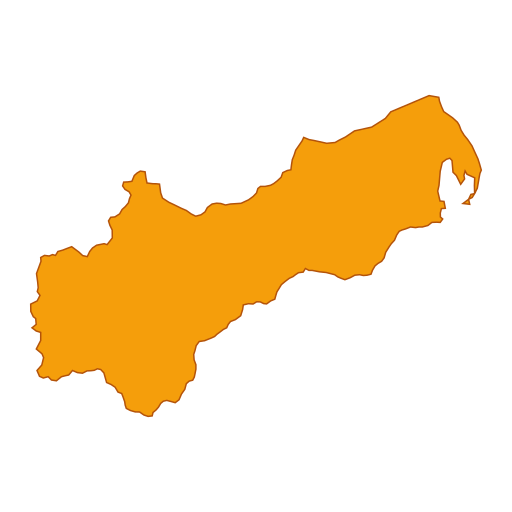 Eldorado do Sul, Rio Grande do Sul, Brazil
{"feature_id": "56859067B84747380986217", "entity_name": "Eldorado do Sul", "entity_type": "district", "adm_level": 2, "iso_a3": "BRA", "parent_name": "Brazil", "parent_adm1": "Rio Grande do Sul", "projection": "robinson", "projection_center": [-51.49, -30.081], "detail": "fine", "context": "isolated", "style": "filled", "palette": "amber", "viewbox_px": 512, "rotation_deg": 0, "n_neighbors": 0, "source": "geoboundaries", "source_scale": "gbopen_adm2", "svg_char_len": 3583}
<svg xmlns="http://www.w3.org/2000/svg" viewBox="0 0 512 512"><path d="M51.4,380.0L56.4,380.8L59.1,378.6L61.5,376.7L65.4,375.7L68.7,375.0L72.5,370.5L77.4,372.6L82.5,373.2L87.0,370.9L91.0,370.7L94.2,370.3L97.4,368.8L100.7,369.5L103.9,372.9L106.6,382.5L111.1,384.5L115.1,387.2L118.0,392.1L121.7,393.5L123.0,396.8L124.7,401.7L125.2,405.1L126.3,408.4L130.4,410.5L135.2,411.9L139.6,412.0L143.9,415.0L148.1,416.4L152.2,415.9L153.0,412.5L156.1,409.9L158.5,407.1L160.7,403.4L163.3,401.2L166.8,400.4L171.0,401.5L175.2,402.7L179.0,399.8L181.5,394.0L184.8,389.3L186.3,383.7L189.2,381.1L192.7,380.2L194.3,377.1L195.1,373.3L195.9,369.2L195.9,364.7L194.1,359.9L193.7,354.4L194.9,350.8L196.2,345.6L199.2,341.5L204.6,340.7L208.3,339.2L211.1,338.1L214.6,336.5L217.0,334.2L220.0,332.0L223.4,329.4L226.7,327.8L228.2,324.4L230.5,321.5L235.4,319.6L240.7,315.7L242.6,309.6L243.3,304.9L248.4,303.7L253.1,304.0L256.6,301.8L260.3,301.9L263.7,303.6L266.6,303.9L270.7,300.9L274.8,299.2L275.9,295.2L276.9,291.9L279.2,288.2L281.4,284.6L285.2,281.4L289.3,278.3L293.0,276.6L295.6,274.6L298.5,272.7L303.2,272.1L305.4,268.5L309.0,270.4L312.2,270.4L319.4,271.8L326.2,272.5L331.2,273.8L334.7,274.7L337.8,276.9L341.1,278.3L344.9,279.7L350.2,277.7L354.8,275.2L359.6,274.7L363.4,275.5L367.1,275.2L371.0,274.2L372.5,270.2L375.0,265.9L378.0,263.4L381.6,261.3L384.1,257.9L385.7,252.3L389.2,246.7L391.3,243.7L394.5,240.2L396.7,235.0L399.2,231.3L402.0,230.0L405.6,228.9L410.5,227.0L415.6,227.6L418.8,227.0L422.3,227.0L427.9,225.5L431.9,222.4L436.5,222.2L440.2,222.4L442.7,219.0L440.4,217.0L440.3,213.0L441.4,208.6L445.3,208.3L444.0,201.4L440.0,201.0L437.7,191.1L439.0,185.4L440.2,171.3L442.3,162.4L446.4,159.3L449.8,158.2L452.0,160.5L453.0,172.2L456.4,175.6L460.7,184.3L464.6,178.9L463.9,175.5L465.1,171.0L467.0,174.3L474.7,177.8L474.4,185.5L474.6,193.6L477.3,188.2L478.4,181.9L479.2,177.2L479.9,173.5L481.3,170.1L479.4,163.4L477.9,158.8L474.8,152.1L472.0,145.9L467.5,139.3L464.1,135.2L461.1,130.3L459.2,125.2L457.4,122.2L452.7,117.9L448.6,115.0L443.7,111.6L441.6,106.9L439.5,101.2L438.8,97.3L429.1,95.6L390.8,111.8L385.4,118.4L371.7,127.1L354.5,130.9L345.5,137.0L339.1,140.2L335.1,142.5L326.7,143.3L320.5,141.9L313.5,140.4L309.1,139.6L303.7,137.4L302.1,140.9L295.7,150.2L294.1,155.2L292.3,159.7L291.5,164.8L290.9,169.8L287.3,170.5L282.8,172.6L281.1,177.3L277.2,180.9L273.7,183.6L270.5,185.3L265.2,186.4L260.5,186.4L257.9,188.5L256.5,193.0L253.1,196.5L248.6,199.8L241.1,203.3L230.4,204.0L225.5,205.0L220.8,203.5L216.6,203.2L212.1,204.0L207.4,207.5L205.0,211.9L201.0,214.8L195.7,216.2L191.1,213.9L186.4,210.5L181.1,208.2L174.2,204.8L168.9,202.3L162.5,198.1L160.7,192.9L159.5,184.1L156.5,183.8L152.6,183.7L147.0,183.0L145.9,177.7L145.1,171.8L140.3,171.1L137.1,173.0L134.3,175.5L131.9,181.3L127.8,181.9L123.7,182.1L122.6,185.9L125.0,189.4L129.1,191.8L131.0,195.1L129.5,198.6L128.4,202.9L125.3,206.6L122.1,209.5L119.6,213.9L114.9,216.9L110.7,217.3L108.5,220.9L109.9,225.3L112.2,230.0L112.3,238.0L107.1,244.6L104.1,243.7L96.6,245.2L92.5,248.0L89.7,251.5L87.3,256.6L82.7,255.6L78.8,252.0L71.7,246.7L66.6,248.6L62.8,250.1L57.9,251.5L55.5,255.4L52.5,254.6L49.2,256.0L44.5,255.4L40.7,257.5L41.0,261.3L36.5,273.6L37.7,282.3L38.2,287.8L37.3,291.6L40.0,295.4L37.2,300.9L30.7,304.1L30.8,311.4L33.3,316.7L35.7,318.5L36.2,324.4L32.0,327.8L36.2,331.0L40.7,332.4L40.7,340.5L36.3,349.0L42.0,353.8L43.6,357.6L41.8,365.0L37.0,370.5L39.5,376.3L43.3,378.0L48.2,376.7L51.4,380.0ZM468.6,199.3L463.0,203.5L469.7,204.3L468.6,199.3ZM468.6,199.3L472.2,197.5L474.6,193.6L470.9,194.4L468.6,199.3Z" fill="#f59e0b" stroke="#b45309" stroke-width="1.5"/></svg>